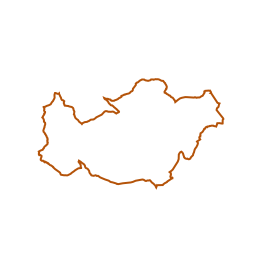 outline of Altina, Sibiu, Romania, rotated 330°
{"feature_id": "2599482B30844393553970", "entity_name": "Altina", "entity_type": "district", "adm_level": 2, "iso_a3": "ROU", "parent_name": "Romania", "parent_adm1": "Sibiu", "projection": "mercator", "projection_center": [24.479, 45.949], "detail": "fine", "context": "isolated", "style": "outline", "palette": "amber", "viewbox_px": 256, "rotation_deg": 330, "n_neighbors": 0, "source": "geoboundaries", "source_scale": "gbopen_adm2", "svg_char_len": 5728}
<svg xmlns="http://www.w3.org/2000/svg" viewBox="0 0 256 256"><g transform="rotate(330 128 128)"><path d="M166.8,185.6L167.5,185.0L168.3,184.7L170.6,184.1L171.8,182.8L172.8,182.2L175.0,180.0L176.0,179.4L177.7,178.7L179.8,177.3L181.1,176.0L181.0,174.2L184.8,174.0L184.8,173.3L184.7,172.7L185.1,171.7L185.6,171.4L186.3,171.5L186.4,171.0L187.1,170.6L187.2,170.0L187.7,169.6L188.1,168.9L190.2,168.7L190.9,168.5L192.9,167.4L193.4,166.9L193.9,166.8L194.5,167.1L195.6,166.3L196.2,166.3L197.2,166.4L197.3,166.7L197.6,166.5L199.1,167.1L199.8,167.1L200.3,167.4L201.4,167.7L202.9,168.5L203.5,169.4L204.9,170.5L205.1,170.8L206.3,169.9L207.7,168.5L209.6,169.5L211.8,171.3L212.2,171.4L214.0,168.4L215.1,167.9L215.2,167.5L215.2,166.8L214.5,162.3L213.7,156.7L214.7,155.6L215.6,155.1L216.2,155.2L217.0,154.9L218.6,153.1L219.5,152.5L218.1,151.0L217.4,139.4L217.1,139.1L217.6,139.0L217.8,138.1L217.7,136.6L217.2,136.5L216.5,135.9L213.4,134.4L212.9,134.6L212.4,134.5L212.0,135.1L212.0,135.7L208.7,137.4L207.5,137.2L205.7,137.4L204.9,137.2L203.8,136.5L202.5,136.1L202.2,135.9L202.1,135.5L201.3,134.8L200.4,134.7L194.4,130.7L193.1,129.9L192.0,129.5L189.5,128.7L187.8,128.4L185.4,128.6L181.9,129.2L182.3,127.7L182.3,127.2L182.0,126.4L182.1,125.6L181.8,124.0L181.4,123.6L180.7,122.5L180.7,121.5L180.5,121.2L180.5,120.9L179.9,120.4L179.7,120.0L179.7,119.6L178.5,117.7L178.5,117.0L178.0,116.6L177.4,115.7L177.8,114.8L179.4,114.0L180.2,113.4L180.6,113.4L180.8,112.9L181.5,112.7L182.3,111.5L182.5,109.9L182.4,108.3L182.6,107.7L182.3,107.1L182.0,104.8L180.6,103.8L179.3,101.7L178.3,100.7L177.4,100.3L176.3,99.5L174.3,99.0L174.1,98.6L172.3,97.5L171.3,97.8L169.0,97.2L166.9,95.4L166.2,94.1L164.4,93.0L161.7,92.9L159.6,93.4L158.3,93.1L157.8,93.2L157.7,93.4L157.0,93.5L156.9,93.5L156.5,94.3L156.2,94.7L151.9,96.5L151.0,97.7L150.2,98.1L148.5,98.0L146.7,98.6L145.2,98.3L143.8,97.8L143.4,97.8L142.3,97.4L141.8,97.6L141.3,97.2L139.8,97.2L138.4,96.9L138.1,97.6L137.9,97.7L136.5,97.8L135.8,97.6L134.3,97.7L133.8,97.9L131.7,97.7L130.6,97.4L129.8,97.5L128.5,96.9L127.3,96.1L127.0,95.4L127.1,95.1L127.0,94.6L126.4,94.1L126.1,93.9L125.1,92.6L124.0,92.0L123.2,91.3L122.4,90.1L122.3,90.6L122.4,91.2L122.6,91.8L123.3,92.7L123.7,94.3L123.9,95.6L123.8,96.5L124.0,97.8L124.3,98.5L124.5,99.6L124.9,100.1L125.6,100.5L126.2,102.1L126.3,102.9L126.9,104.2L127.0,104.9L127.5,105.7L127.5,106.4L127.7,106.8L128.0,107.9L128.4,109.1L128.3,109.5L128.0,109.7L127.4,109.7L126.5,109.5L125.1,109.6L123.6,106.7L122.9,106.1L121.4,105.5L119.0,104.0L118.4,103.2L117.6,102.5L116.9,102.2L115.8,102.1L111.9,103.3L105.8,102.9L104.9,103.2L102.5,103.4L99.9,102.2L97.4,102.4L96.8,102.2L95.6,102.2L93.5,101.3L92.5,101.2L91.0,101.1L90.1,101.5L90.0,100.9L88.8,98.1L88.7,96.1L87.9,94.4L87.5,92.9L87.8,90.8L88.1,90.2L87.9,89.2L88.5,88.6L89.8,86.9L89.9,85.1L90.4,83.7L90.4,83.2L89.8,81.7L87.7,79.8L87.5,79.3L84.4,77.0L84.4,76.5L84.7,75.7L84.6,75.4L84.8,74.4L85.6,73.3L86.0,72.9L86.1,73.0L86.2,72.9L85.8,71.7L85.0,71.1L84.8,70.7L84.7,69.6L85.1,68.2L85.1,66.7L85.2,66.1L85.4,63.8L85.5,63.6L85.0,63.7L84.1,63.2L82.8,61.5L82.3,61.2L81.1,62.3L80.4,63.4L79.7,64.9L79.0,65.6L77.8,66.3L76.6,67.1L74.8,67.7L72.9,68.8L70.8,68.7L68.6,68.2L66.8,68.2L65.5,67.6L65.4,67.6L65.3,68.1L65.7,68.4L64.9,70.0L64.5,70.3L64.1,70.8L63.9,72.3L64.2,72.6L64.0,73.0L63.6,73.4L62.5,73.7L62.2,74.2L62.2,74.4L61.0,74.9L59.1,76.1L59.4,76.6L59.3,77.3L59.3,78.5L58.7,80.1L58.4,80.4L58.4,80.8L58.8,82.0L58.3,83.2L57.8,83.8L57.0,84.4L56.8,84.7L56.1,85.4L55.9,85.8L55.2,86.2L53.4,87.9L53.0,89.1L53.3,90.2L53.3,90.9L53.2,91.2L53.4,91.5L53.2,91.9L53.4,92.8L53.2,93.5L53.4,94.1L53.1,95.2L53.2,96.4L52.9,96.8L52.9,97.2L52.7,97.2L52.5,97.8L51.9,98.4L52.0,98.7L51.9,99.0L51.6,99.1L51.1,99.8L51.2,100.6L50.7,101.0L50.3,101.6L49.5,101.9L49.1,101.8L48.2,102.2L46.5,102.4L45.7,102.8L44.9,103.5L44.5,103.4L44.1,103.6L43.3,104.2L40.9,103.8L39.0,103.8L39.0,104.5L38.2,105.2L38.2,105.7L37.6,106.3L37.5,106.6L37.6,107.2L38.5,107.5L38.7,107.8L38.8,108.3L39.2,108.7L39.2,108.9L38.7,109.7L37.1,111.0L36.5,111.9L36.5,112.1L37.0,113.3L38.0,113.8L38.0,114.1L38.4,114.6L38.3,114.9L38.6,115.6L38.8,115.3L39.2,115.4L39.5,116.1L40.1,116.7L40.6,117.6L40.5,117.8L41.3,118.6L41.3,119.0L41.1,119.1L41.2,119.3L41.4,119.3L41.9,121.0L42.2,121.5L42.6,121.8L43.7,124.2L43.5,124.4L44.3,127.1L46.6,132.1L46.8,132.9L46.5,134.6L46.6,135.0L49.0,137.0L50.0,137.5L50.4,137.8L51.6,138.6L52.3,138.8L55.5,139.0L56.6,138.7L60.2,138.4L60.8,138.2L64.5,138.1L65.1,138.2L67.4,139.2L67.6,138.9L67.7,137.8L68.4,136.7L68.6,135.9L68.3,132.7L69.0,132.5L68.9,132.1L69.2,131.8L70.1,133.5L70.8,135.5L71.5,136.8L71.7,137.4L71.9,138.9L71.5,140.1L71.4,141.1L71.7,141.9L72.5,142.9L72.7,143.6L72.9,145.7L72.4,147.1L72.3,148.2L72.6,149.4L72.6,150.6L72.9,151.0L74.3,152.2L76.4,152.8L77.1,154.0L78.1,154.4L78.6,155.4L79.0,156.5L79.6,157.4L82.5,161.2L85.0,164.0L85.6,165.4L86.2,166.3L87.3,167.2L89.3,169.3L90.4,170.6L90.5,171.0L91.0,171.2L91.4,171.7L95.9,173.3L103.1,176.5L105.2,177.1L108.3,177.5L114.7,179.8L115.7,180.7L116.5,182.3L117.1,182.9L118.7,183.2L119.8,183.9L120.8,184.1L121.0,184.6L121.4,187.1L122.2,188.9L122.8,191.3L122.9,191.8L122.7,192.8L122.7,193.6L124.5,192.1L124.6,192.3L125.4,192.5L129.4,194.7L129.6,194.8L130.5,194.4L132.2,194.2L134.7,194.3L135.1,194.0L140.7,193.6L141.3,193.8L141.6,193.4L141.6,193.1L140.3,192.3L140.3,191.5L140.5,191.1L141.5,190.2L141.8,190.1L142.1,189.2L142.5,188.7L142.5,188.3L142.0,187.0L144.1,186.8L145.9,186.4L154.3,182.0L156.3,180.3L158.8,176.3L160.0,175.6L161.2,175.1L162.4,175.2L162.8,176.4L162.8,177.0L162.9,177.6L162.7,178.1L162.7,178.5L162.4,179.4L162.2,180.9L162.0,181.2L162.0,181.5L162.1,182.2L162.3,182.5L162.3,182.8L163.0,183.7L163.8,184.3L164.2,184.3L164.7,185.2L165.4,185.6L166.0,185.7L166.8,185.6Z" fill="none" stroke="#b45309" stroke-width="2"/></g></svg>